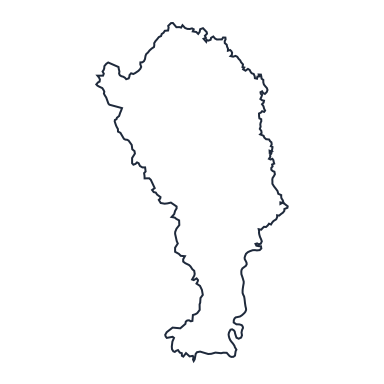 São Vicente do Sul, Rio Grande do Sul, Brazil, rotated 270°
{"feature_id": "56859067B73403830410426", "entity_name": "São Vicente do Sul", "entity_type": "district", "adm_level": 2, "iso_a3": "BRA", "parent_name": "Brazil", "parent_adm1": "Rio Grande do Sul", "projection": "robinson", "projection_center": [-54.782, -29.692], "detail": "fine", "context": "isolated", "style": "outline", "palette": "slate", "viewbox_px": 384, "rotation_deg": 270, "n_neighbors": 0, "source": "geoboundaries", "source_scale": "gbopen_adm2", "svg_char_len": 5766}
<svg xmlns="http://www.w3.org/2000/svg" viewBox="0 0 384 384"><g transform="rotate(270 192 192)"><path d="M34.3,236.4L36.8,234.9L38.3,234.4L40.4,233.0L42.4,231.3L43.8,230.3L46.0,229.3L48.0,228.8L49.6,228.6L51.5,229.0L54.3,230.5L54.7,232.1L53.7,233.8L52.5,234.7L50.5,235.1L48.6,235.7L46.3,236.5L45.3,238.7L46.4,241.1L48.7,242.0L51.4,241.5L53.9,242.0L56.1,243.0L57.5,242.7L58.9,241.7L59.6,239.4L59.7,236.4L61.5,233.7L63.8,233.8L65.6,234.6L66.6,235.7L67.0,237.7L67.5,240.0L68.8,242.0L70.9,244.3L72.3,245.4L74.1,246.1L75.6,246.0L77.6,245.5L80.8,245.0L83.6,244.7L85.3,244.5L87.5,244.1L89.3,243.2L91.0,242.6L93.8,242.6L95.5,242.8L98.1,243.2L100.9,243.7L102.5,243.7L105.3,242.9L107.2,242.3L109.8,241.4L112.3,241.3L113.9,241.5L115.6,242.4L116.8,244.0L118.2,245.9L119.8,246.7L121.4,246.5L123.1,245.7L124.7,244.8L126.2,244.6L128.0,245.1L130.2,246.0L131.8,247.8L132.8,249.9L133.8,252.7L133.9,254.9L133.6,256.9L133.9,259.7L135.5,261.3L137.7,261.0L137.8,259.0L138.3,256.4L140.1,255.5L140.6,257.1L139.7,258.8L140.3,260.8L142.7,261.8L144.9,261.0L147.1,260.0L149.5,259.3L151.2,259.0L152.8,259.1L154.8,258.7L154.3,261.2L155.9,262.6L157.2,264.0L157.0,266.0L158.5,267.7L160.3,269.0L159.5,271.0L161.4,272.1L163.0,273.5L164.7,276.2L166.9,277.2L168.7,277.1L168.4,279.2L169.9,280.9L171.4,283.0L173.1,284.3L175.0,284.4L176.2,287.4L177.7,287.7L179.1,285.9L180.3,284.4L181.2,282.4L182.7,283.2L184.2,282.5L185.6,281.5L187.0,281.2L188.9,281.2L190.2,278.3L193.0,277.5L195.3,275.8L197.6,274.0L200.2,272.4L202.8,272.4L204.4,272.3L206.0,272.6L207.9,273.9L209.8,274.9L212.3,274.4L213.0,272.6L214.3,271.3L216.1,271.3L217.6,272.6L219.5,272.1L220.4,274.2L222.0,273.7L223.8,273.4L225.2,272.4L224.5,270.6L225.2,269.0L227.2,270.3L229.0,270.1L230.4,271.3L232.6,271.7L235.4,272.3L237.0,272.5L237.8,270.8L239.7,271.7L241.7,271.4L242.8,270.1L244.5,269.1L244.8,266.1L246.4,264.3L248.2,263.6L249.0,261.8L249.6,260.2L251.0,261.6L253.1,261.3L255.1,259.8L257.3,260.6L259.6,260.3L261.2,260.6L262.8,261.3L264.8,261.2L265.6,259.4L267.5,259.1L270.5,259.0L271.4,260.9L272.8,262.1L272.1,264.1L273.4,265.1L275.3,264.1L277.7,263.5L279.8,262.0L281.4,263.6L283.3,264.0L283.7,262.2L285.0,260.4L287.1,261.4L289.2,262.1L290.2,260.8L291.8,260.5L292.7,262.1L291.1,263.0L290.1,264.9L291.9,266.7L294.0,267.5L295.9,266.9L297.6,265.4L299.5,263.9L301.7,263.3L304.1,263.3L305.3,261.6L307.6,261.3L309.4,260.9L309.5,258.7L307.6,259.2L307.4,257.4L305.3,257.0L305.8,254.9L307.7,254.7L310.0,253.7L310.8,251.6L312.3,250.5L314.0,249.7L315.1,247.9L313.3,245.5L314.7,243.1L316.5,244.2L316.9,242.5L319.6,243.0L321.7,241.1L323.6,240.2L325.2,238.6L327.2,237.3L328.1,235.5L327.3,233.1L327.9,230.6L329.1,231.8L331.3,232.1L332.9,231.3L334.0,230.1L333.3,227.9L335.3,228.0L337.3,227.1L339.3,226.7L340.9,224.8L342.8,224.7L344.7,225.6L346.4,225.4L346.5,223.1L344.6,221.9L344.6,219.7L344.5,216.9L345.4,215.1L347.5,213.3L346.2,211.1L344.2,210.6L343.4,208.4L344.0,206.7L342.2,206.2L345.2,203.6L346.1,205.9L348.2,204.9L350.3,207.0L351.9,206.7L355.8,203.0L354.8,200.2L352.0,199.6L350.1,198.2L352.0,196.3L352.6,192.8L354.7,193.7L355.6,192.0L355.0,189.7L355.1,187.4L356.0,185.1L358.8,182.5L356.4,181.1L356.9,179.5L356.8,176.4L361.0,172.9L360.9,171.0L358.1,168.2L356.4,168.6L353.5,168.1L353.2,164.8L351.2,163.5L350.0,161.7L348.0,161.1L346.9,158.8L344.6,157.0L342.8,155.4L340.8,154.2L339.0,154.3L337.0,154.0L335.4,151.6L333.6,149.6L331.4,147.9L330.0,146.3L328.4,145.6L326.9,145.3L325.0,145.0L322.9,144.0L321.7,142.4L321.6,140.4L319.8,140.3L317.1,141.2L315.2,140.3L313.2,138.5L312.1,136.9L310.9,135.1L310.0,133.3L310.7,131.1L308.9,129.5L307.4,129.4L305.6,128.7L304.8,126.2L306.3,124.9L307.3,123.2L307.8,121.3L308.8,119.8L310.4,119.1L312.6,119.4L314.9,118.8L317.0,118.5L321.5,108.2L320.2,106.3L317.9,104.4L315.6,104.2L313.9,103.6L312.5,102.6L310.3,103.8L308.3,103.0L308.3,100.5L308.3,97.5L306.6,98.9L304.7,99.9L302.4,99.6L301.6,98.0L299.6,96.3L298.4,97.4L297.4,99.1L295.9,102.3L293.7,103.7L292.3,104.3L290.4,103.9L288.5,104.9L286.5,106.2L280.4,108.4L279.3,109.4L275.9,122.0L273.1,121.0L271.3,120.2L268.0,119.1L266.2,116.9L264.8,116.5L264.0,114.9L262.6,114.7L260.4,115.4L258.4,116.1L256.9,116.8L255.0,117.9L252.4,118.0L251.2,120.4L245.2,123.9L244.4,125.3L244.2,127.2L243.4,128.6L239.1,131.7L234.7,132.3L232.9,134.5L230.4,134.9L226.0,132.1L220.8,132.1L219.3,133.4L220.1,135.5L221.6,137.0L220.8,138.6L218.0,140.0L216.6,142.4L216.6,145.1L212.5,145.6L210.9,144.1L208.2,144.5L205.6,144.6L205.7,149.2L204.2,150.8L195.9,154.7L194.0,152.1L191.9,153.7L191.4,155.8L189.4,157.1L186.9,160.5L185.4,160.2L184.1,158.8L181.0,160.7L180.3,164.6L180.6,167.4L181.4,170.9L177.5,176.6L175.6,176.6L173.1,175.1L169.9,174.2L167.0,171.6L166.4,174.8L165.1,176.3L163.6,179.1L158.9,179.3L155.3,176.5L152.1,175.2L150.2,175.1L144.4,176.4L142.7,176.8L140.5,177.8L136.3,175.1L132.2,175.1L130.1,178.9L128.2,180.7L127.8,184.9L124.8,183.2L122.4,183.2L120.8,185.3L119.0,189.0L117.6,190.5L114.7,192.4L113.2,194.2L110.1,194.7L108.4,194.3L104.5,192.1L103.9,193.7L105.6,196.6L103.9,198.0L102.5,197.7L100.4,196.5L98.1,200.0L94.1,201.9L89.1,202.8L86.0,200.5L81.4,200.2L79.6,199.6L74.1,199.7L70.9,197.3L69.8,195.5L69.0,192.9L63.1,192.4L62.7,190.8L63.7,189.0L63.5,187.2L62.4,185.8L60.1,185.4L58.2,183.2L55.7,180.3L56.4,172.6L51.8,166.7L49.1,165.2L47.5,165.7L46.1,166.8L47.2,172.6L46.1,174.0L42.4,172.4L37.4,171.8L34.8,172.0L32.7,173.3L32.1,174.8L33.2,176.2L33.9,178.0L31.4,179.8L30.8,181.8L28.2,181.9L27.4,183.3L30.9,186.0L27.6,189.6L28.1,192.8L26.3,193.5L24.6,193.0L23.0,193.7L24.7,194.7L30.1,195.7L31.8,197.0L32.4,200.1L30.0,208.2L30.2,211.3L31.4,215.4L30.8,221.1L31.3,223.3L31.2,226.7L27.9,229.6L27.1,231.3L27.2,233.4L28.4,235.0L32.7,235.6L34.3,236.4ZM232.6,271.7L231.4,269.7L233.3,269.6L232.6,271.7ZM181.2,282.4L180.1,280.4L181.6,280.4L181.2,282.4Z" fill="none" stroke="#1e293b" stroke-width="2"/></g></svg>